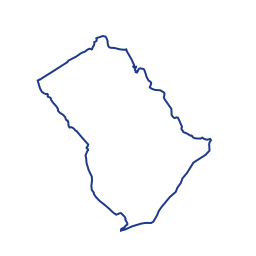 outline of Ghana, rotated 328°
{"feature_id": "GHA", "entity_name": "Ghana", "entity_type": "country or territory", "adm_level": 0, "iso_a3": "GHA", "parent_name": "Africa", "parent_adm1": "", "projection": "orthographic", "projection_center": [-1.079, 7.965], "detail": "fine", "context": "isolated", "style": "outline", "palette": "blue", "viewbox_px": 256, "rotation_deg": 328, "n_neighbors": 0, "source": "natural_earth", "source_scale": "50m", "svg_char_len": 2536}
<svg xmlns="http://www.w3.org/2000/svg" viewBox="0 0 256 256"><g transform="rotate(328 128 128)"><path d="M155.3,36.6L157.1,38.3L157.5,39.3L156.9,43.1L155.5,45.7L154.7,48.2L154.8,49.4L155.6,50.6L158.4,52.6L159.8,53.8L161.5,55.7L163.5,57.6L166.8,60.0L168.2,60.4L168.1,61.1L167.7,62.0L167.4,71.1L167.2,73.4L166.9,74.6L166.6,78.0L166.3,78.4L165.7,78.4L165.1,78.5L164.9,79.2L165.2,79.9L167.2,80.4L166.8,80.9L165.3,81.4L164.6,82.4L164.9,83.5L164.1,84.5L164.3,85.1L164.8,85.6L165.7,85.4L168.0,83.8L169.0,83.6L170.2,84.0L172.5,86.3L172.6,87.5L171.7,91.5L170.8,94.5L170.6,98.6L171.6,100.9L171.5,102.2L170.4,103.3L168.1,104.9L168.3,106.0L169.4,108.0L171.3,110.2L175.2,113.0L177.2,116.6L177.3,118.1L176.1,119.5L174.7,120.8L174.3,122.7L174.9,134.8L171.9,140.1L171.9,141.6L172.2,143.3L173.0,144.4L174.6,144.6L175.8,145.7L175.4,149.3L174.8,153.1L174.6,154.9L174.3,155.8L173.1,156.5L172.7,157.7L173.0,159.2L172.7,160.3L173.4,161.7L174.8,163.4L177.0,167.7L177.9,168.1L178.2,169.0L178.0,169.9L178.9,171.8L181.3,173.7L183.9,175.4L186.0,175.6L186.5,177.1L187.9,179.0L188.9,179.8L190.5,180.4L191.8,180.7L191.9,182.3L189.5,183.4L188.0,185.1L186.7,187.6L185.1,190.4L179.3,191.9L177.1,191.9L165.2,192.0L154.0,197.5L147.6,199.5L143.7,202.6L138.3,204.8L134.6,207.5L126.9,208.7L114.3,212.9L110.3,214.6L106.3,217.5L99.8,220.9L97.3,220.8L92.2,217.6L88.3,216.0L79.0,213.5L72.0,212.6L68.6,211.5L67.7,211.3L68.5,210.2L70.4,210.1L72.5,210.5L74.0,209.6L76.3,209.5L76.9,208.6L77.1,206.3L77.1,204.4L77.9,203.6L78.1,201.4L77.0,196.5L76.2,196.0L72.1,195.3L71.8,194.3L71.1,193.3L70.3,190.8L69.4,187.0L68.0,182.4L65.3,174.8L64.7,172.1L64.2,169.3L64.1,166.1L64.7,164.8L64.6,163.1L64.4,161.5L66.3,157.6L70.1,152.9L70.9,151.1L71.6,150.0L71.7,148.2L72.4,142.7L74.2,136.0L75.4,133.5L76.2,132.1L77.1,129.9L77.3,128.9L80.8,126.3L82.4,125.6L82.8,124.5L82.2,123.4L82.5,122.6L83.3,122.3L84.6,121.9L85.5,120.9L84.1,112.6L82.9,104.4L82.9,103.7L82.2,102.5L81.5,99.1L80.3,97.2L78.7,96.6L78.7,94.7L80.4,91.5L80.8,89.7L80.0,89.1L79.9,87.7L80.5,85.4L80.2,83.9L79.9,82.4L78.2,78.8L77.8,76.2L78.7,74.7L78.7,71.5L77.8,66.4L77.7,63.3L78.3,62.0L78.0,60.7L76.8,59.5L76.7,58.3L77.8,57.2L77.6,56.3L76.3,55.7L75.2,54.1L74.1,51.7L74.4,47.7L76.4,40.5L76.6,39.9L78.8,40.0L78.9,40.3L85.8,40.2L93.7,40.2L103.1,40.1L111.7,40.0L112.0,39.7L113.5,39.3L122.1,40.0L127.5,39.7L129.8,39.9L131.5,40.4L135.3,40.1L137.3,40.3L138.8,42.1L139.4,42.1L140.2,41.3L141.7,40.4L143.2,39.7L144.3,38.3L145.0,37.2L146.0,37.5L147.4,37.4L148.3,36.5L148.7,35.1L155.3,36.6Z" fill="none" stroke="#1e3a8a" stroke-width="2"/></g></svg>